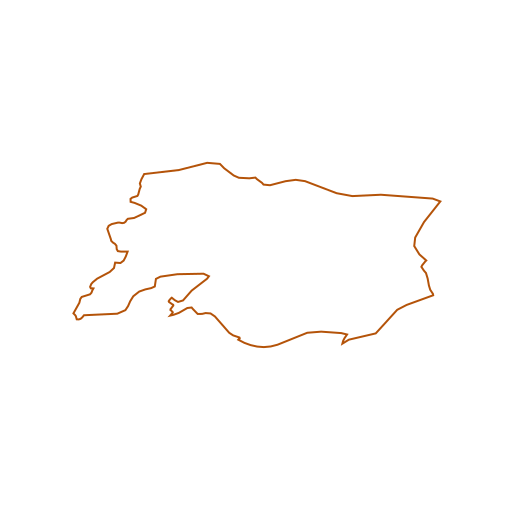 the Province of Central Ostrobothnia, rotated 330°
{"feature_id": "FIN-3181", "entity_name": "Central Ostrobothnia", "entity_type": "Province", "adm_level": 1, "iso_a3": "FIN", "parent_name": "Finland", "parent_adm1": "", "projection": "robinson", "projection_center": [23.72, 63.644], "detail": "fine", "context": "isolated", "style": "outline", "palette": "amber", "viewbox_px": 512, "rotation_deg": 330, "n_neighbors": 0, "source": "natural_earth", "source_scale": "10m", "svg_char_len": 2186}
<svg xmlns="http://www.w3.org/2000/svg" viewBox="0 0 512 512"><g transform="rotate(330 256 256)"><path d="M69.1,221.2L69.9,218.0L69.8,216.7L69.2,214.4L79.6,208.2L82.4,205.3L84.6,204.3L93.1,206.2L95.2,205.5L97.0,204.0L99.0,202.8L98.6,202.5L96.8,201.4L96.9,199.8L99.3,197.9L101.6,197.1L107.1,196.2L121.3,196.7L127.0,195.4L130.7,191.3L135.1,194.3L139.1,193.8L143.0,191.3L147.0,188.0L141.3,184.7L138.8,182.7L138.8,180.4L140.3,177.3L139.9,174.9L138.8,172.8L138.2,170.4L138.7,169.0L140.8,158.1L143.5,156.2L147.0,156.2L153.3,158.1L154.5,158.8L156.5,160.6L158.3,161.3L160.2,161.1L161.8,160.2L163.6,159.7L169.4,162.1L181.5,163.1L184.3,160.6L181.8,155.0L177.4,149.3L174.5,146.4L175.9,143.8L178.0,143.5L183.3,144.7L184.7,143.9L188.9,139.7L190.9,138.3L191.7,135.1L195.2,132.2L199.7,129.4L200.1,129.1L232.2,143.0L260.3,150.9L270.8,158.2L272.3,164.1L277.0,175.2L280.3,179.7L289.1,185.4L294.7,187.8L295.2,189.8L297.8,195.7L298.2,197.9L303.5,201.7L319.0,206.0L328.5,209.9L335.9,215.7L357.2,241.9L369.4,252.3L394.8,265.4L437.7,294.6L442.9,300.9L418.5,310.6L403.1,319.6L398.0,326.5L398.3,336.3L401.2,345.0L400.0,345.3L395.3,347.1L393.8,348.1L394.1,352.6L394.7,355.7L393.4,361.3L391.0,368.0L390.0,372.4L390.3,377.3L389.8,378.6L362.0,373.7L351.4,373.2L321.0,382.9L294.6,374.9L287.0,375.1L289.1,373.0L291.6,371.4L295.6,369.5L291.3,365.4L274.6,354.1L262.0,348.1L230.3,343.6L223.5,341.7L217.2,338.8L211.7,335.0L206.8,330.5L202.5,325.4L198.8,319.6L199.6,319.3L200.3,319.4L200.8,319.1L200.9,318.3L196.5,313.3L194.4,309.1L190.2,287.8L187.9,283.0L183.8,280.2L180.4,279.2L176.5,277.0L174.8,270.2L174.5,268.4L170.5,266.7L160.8,266.7L155.2,265.7L151.9,264.7L155.1,263.6L155.8,263.1L155.6,262.3L155.4,261.3L155.2,260.6L154.9,260.0L155.4,259.3L156.2,259.0L158.8,257.9L159.6,257.6L159.9,256.8L159.4,256.1L158.1,253.2L157.7,252.5L157.8,251.5L159.2,250.8L161.4,250.1L162.2,250.0L163.6,253.7L165.5,256.8L170.6,258.0L183.0,253.8L202.3,251.2L205.1,250.0L201.7,245.1L178.9,232.5L162.9,226.1L157.9,225.8L153.1,231.8L149.2,231.4L143.5,229.6L137.1,228.4L129.6,229.5L124.4,232.3L120.2,235.4L115.8,237.6L107.0,236.6L77.4,221.3L74.8,222.3L72.7,222.7L70.8,222.3L69.1,221.2Z" fill="none" stroke="#b45309" stroke-width="2"/></g></svg>